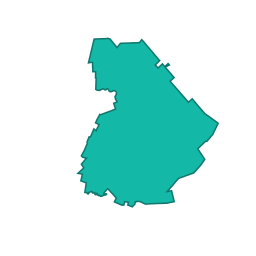 Cruillas, Tamaulipas, Mexico, rotated 219°
{"feature_id": "50627088B28720868594108", "entity_name": "Cruillas", "entity_type": "district", "adm_level": 2, "iso_a3": "MEX", "parent_name": "Mexico", "parent_adm1": "Tamaulipas", "projection": "robinson", "projection_center": [-98.359, 24.655], "detail": "fine", "context": "isolated", "style": "filled", "palette": "teal", "viewbox_px": 256, "rotation_deg": 219, "n_neighbors": 0, "source": "geoboundaries", "source_scale": "gbopen_adm2", "svg_char_len": 4700}
<svg xmlns="http://www.w3.org/2000/svg" viewBox="0 0 256 256"><g transform="rotate(219 128 128)"><path d="M45.7,99.8L54.7,106.7L56.3,104.7L57.5,103.3L57.0,120.7L55.4,123.3L48.6,134.5L48.1,145.0L48.6,151.9L59.6,155.4L60.7,155.8L59.4,166.2L59.2,166.6L58.3,167.3L58.1,176.4L60.9,188.4L64.4,188.3L72.2,187.9L76.9,187.5L85.7,189.0L90.3,189.9L93.7,190.6L96.5,191.1L97.2,186.1L101.4,186.8L111.1,188.5L121.1,190.2L124.7,190.8L123.9,196.2L126.1,196.6L128.7,197.1L133.5,198.0L134.3,198.1L136.0,198.4L137.5,198.7L135.5,203.0L137.4,203.3L138.0,198.8L141.6,199.5L142.4,193.5L146.6,194.2L146.4,195.1L145.8,200.3L146.0,200.3L168.7,204.6L168.8,204.6L170.1,204.9L172.9,205.3L172.9,203.8L172.8,201.5L173.1,201.3L176.4,198.4L177.9,197.2L179.7,195.5L183.9,191.9L187.2,189.0L187.1,183.6L198.0,185.9L199.8,185.1L200.3,184.8L200.8,184.1L210.3,175.8L205.3,165.4L199.7,153.7L197.7,156.1L196.7,156.5L193.7,152.9L193.5,153.1L192.1,151.2L190.8,149.6L188.6,151.4L184.8,146.5L184.3,146.9L177.3,137.7L176.9,137.8L176.7,137.8L176.3,137.8L176.1,137.9L175.9,138.0L175.6,138.1L175.4,138.2L175.4,138.3L175.1,138.4L174.9,138.5L174.6,138.7L174.6,138.8L174.2,139.0L173.8,139.3L173.7,139.4L173.5,139.5L173.4,139.7L173.4,139.8L173.4,140.0L173.4,140.4L173.3,140.5L173.1,141.0L172.9,141.3L172.7,141.6L172.5,141.8L172.4,142.0L172.4,142.3L172.3,142.5L172.2,142.7L172.1,142.8L171.9,142.9L171.4,143.0L171.2,143.0L170.9,143.0L170.7,143.1L170.4,143.1L170.2,143.1L169.9,143.1L169.7,143.2L169.6,143.3L169.4,143.5L169.2,143.8L169.2,144.0L169.2,144.5L169.2,144.9L169.2,145.2L169.1,145.3L169.0,145.5L168.9,145.6L168.6,145.8L168.4,145.7L168.2,145.6L167.9,145.5L167.7,145.5L167.3,145.5L167.0,145.5L166.5,145.2L166.4,145.1L166.2,144.9L166.0,145.0L165.9,145.0L165.7,145.1L165.4,145.1L165.2,145.0L164.9,144.9L164.6,144.9L164.5,145.0L164.4,145.2L164.3,145.3L164.2,145.4L164.1,145.5L163.9,145.7L163.8,145.8L163.7,146.0L163.5,146.4L163.4,146.5L163.2,146.8L163.1,147.2L163.0,147.4L163.0,147.6L162.7,147.8L162.5,148.1L162.3,148.2L162.1,148.3L161.7,148.5L161.3,148.7L160.9,148.8L160.2,148.7L159.7,148.6L159.5,148.4L158.9,147.9L158.8,147.5L158.7,147.3L158.4,147.0L158.3,146.8L158.3,146.7L158.2,146.3L157.9,145.0L157.8,144.8L157.8,144.5L157.8,144.3L157.7,144.3L157.7,144.1L157.6,143.9L157.4,143.7L156.9,143.4L156.7,143.3L156.5,143.2L156.4,143.2L156.2,143.1L156.2,142.9L156.0,142.7L155.9,142.6L155.7,142.5L155.5,142.3L155.4,142.2L155.0,142.2L154.9,142.2L154.5,142.2L154.3,142.2L154.2,142.1L153.4,141.7L153.2,141.6L152.9,141.5L152.9,141.4L154.7,138.2L149.6,134.9L152.3,130.1L154.1,127.1L154.9,125.7L158.1,120.4L158.5,120.5L158.2,119.4L157.5,115.4L156.9,113.3L156.5,111.6L152.7,112.4L151.9,109.1L151.7,108.1L151.0,105.8L153.9,105.8L151.7,97.9L151.6,97.5L152.7,96.6L151.0,91.3L149.8,90.2L149.4,88.4L147.9,83.3L146.7,77.0L144.9,76.7L141.3,78.4L141.4,77.3L141.4,75.2L141.5,70.6L141.3,70.6L140.7,70.2L137.5,69.3L137.3,69.2L137.3,68.8L137.7,66.1L138.2,62.6L138.4,61.2L136.7,62.2L134.4,63.4L131.9,58.4L131.4,57.2L125.9,59.1L121.0,50.7L120.2,51.2L119.9,51.5L119.3,51.9L118.7,51.9L118.7,51.7L118.4,51.5L118.1,51.5L118.0,51.4L117.8,51.5L117.7,51.9L117.4,51.9L117.4,52.2L117.5,52.2L117.7,52.3L117.8,52.3L117.8,52.8L117.8,53.1L117.8,53.3L117.7,53.3L117.6,53.2L117.5,53.3L117.4,53.4L117.3,53.6L117.3,53.9L117.3,54.0L117.3,54.4L117.3,54.5L117.2,54.7L117.0,54.8L116.8,55.1L116.6,55.3L116.3,55.6L115.9,56.0L115.7,56.0L115.6,55.8L115.5,55.5L115.5,55.4L115.4,55.3L115.1,55.2L114.8,55.3L114.6,55.4L114.3,55.4L114.2,55.5L113.7,55.9L113.7,56.0L113.3,56.8L113.0,56.8L112.9,56.8L112.6,56.6L112.4,56.5L112.1,56.2L112.1,55.8L111.7,55.6L111.4,55.6L111.0,56.0L111.0,56.4L110.9,56.9L111.0,57.1L111.1,57.4L111.1,57.6L110.9,57.7L110.7,57.7L110.4,57.7L110.1,57.5L110.1,57.4L110.0,57.1L109.8,57.0L109.8,56.8L109.7,56.7L109.2,56.8L109.1,57.0L108.7,57.1L108.4,57.2L108.2,57.0L107.9,57.1L107.6,57.3L107.6,57.6L107.4,57.8L107.2,57.9L106.9,57.8L106.5,57.8L106.3,57.7L106.1,57.8L106.0,58.0L105.9,58.2L105.8,58.4L105.7,58.5L105.2,58.9L105.1,59.0L104.9,59.7L104.8,59.9L104.7,60.1L104.7,60.4L104.7,61.0L104.3,61.0L104.2,60.9L104.1,61.0L103.9,61.2L103.8,61.4L103.8,61.6L103.6,61.5L103.4,62.0L103.2,62.4L103.0,62.6L102.9,62.7L103.0,63.2L103.7,63.2L103.8,63.0L103.9,62.7L104.0,62.7L104.3,62.2L104.9,61.4L105.5,61.8L105.6,62.1L105.8,62.7L105.9,62.9L105.8,63.6L105.9,64.0L105.6,65.7L105.6,66.3L105.6,66.9L105.7,67.1L105.8,67.6L105.8,67.8L105.7,68.0L104.8,68.0L100.2,67.3L98.4,67.1L93.0,66.2L92.1,62.0L84.4,64.1L82.7,65.5L84.2,68.7L80.9,70.5L79.7,68.0L75.1,69.4L75.0,70.3L74.7,73.0L75.7,75.1L75.9,75.3L75.2,75.7L75.1,76.4L72.4,78.4L71.6,78.6L68.5,79.3L67.0,79.7L66.6,79.8L62.9,83.2L57.0,88.4L55.4,89.8L54.2,90.7L52.4,92.4L50.5,94.0L47.6,97.6L45.7,99.8Z" fill="#14b8a6" stroke="#0f766e" stroke-width="1.5"/></g></svg>